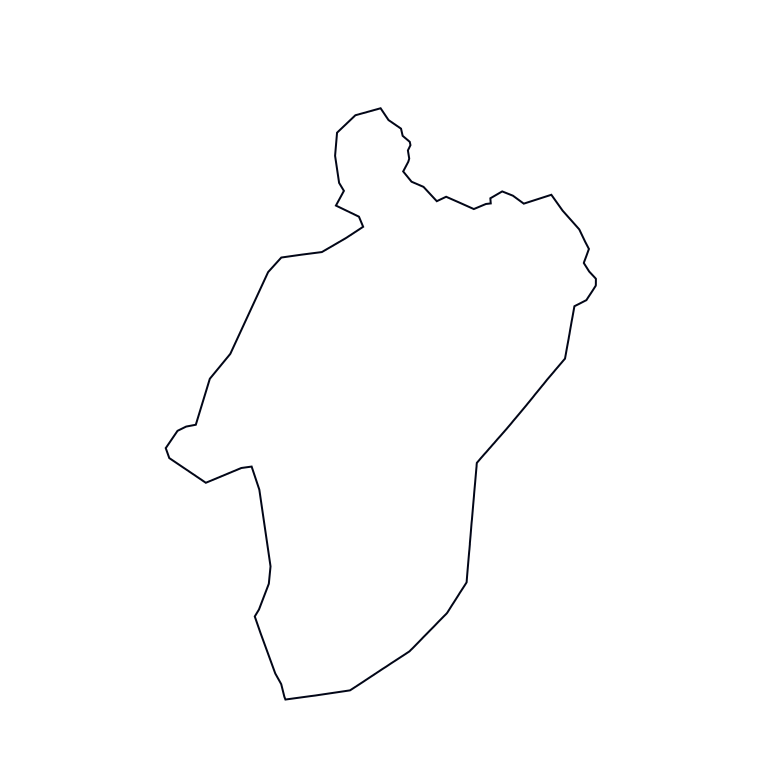 the district of Ad Diwaim, White Nile, Sudan, rotated 239°
{"feature_id": "16777658B64603280901749", "entity_name": "Ad Diwaim", "entity_type": "district", "adm_level": 2, "iso_a3": "SDN", "parent_name": "Sudan", "parent_adm1": "White Nile", "projection": "mercator", "projection_center": [31.891, 13.947], "detail": "fine", "context": "isolated", "style": "outline", "palette": "ink", "viewbox_px": 768, "rotation_deg": 239, "n_neighbors": 0, "source": "geoboundaries", "source_scale": "gbopen_adm2", "svg_char_len": 2554}
<svg xmlns="http://www.w3.org/2000/svg" viewBox="0 0 768 768"><g transform="rotate(239 384 384)"><path d="M441.8,164.7L441.5,163.9L431.1,161.8L391.1,180.4L385.5,218.4L381.4,228.0L357.6,222.7L286.1,192.8L272.1,182.4L255.1,160.7L251.3,153.5L234.2,149.9L191.8,141.7L182.0,141.4L179.6,141.3L167.2,137.5L164.3,137.0L154.2,160.5L152.3,164.8L150.9,168.2L141.0,192.0L138.9,197.1L139.0,200.1L139.5,213.7L139.6,215.4L140.5,236.1L140.6,240.5L140.9,246.1L141.2,255.1L141.7,268.0L141.8,268.4L141.9,268.9L142.3,270.3L142.4,270.9L142.6,271.8L142.9,273.0L144.1,277.6L144.8,280.3L146.8,287.7L147.2,289.3L148.3,293.6L149.2,297.0L150.4,301.8L151.9,307.3L152.0,307.6L154.0,315.4L154.8,318.7L155.2,320.0L155.5,320.7L159.3,328.2L161.2,332.1L165.0,339.7L165.7,341.0L169.8,349.4L171.4,352.6L172.2,353.2L176.7,356.4L186.4,363.4L196.6,370.8L197.9,371.8L202.6,375.2L203.0,375.4L209.6,380.2L214.9,384.0L219.8,387.5L222.3,389.4L228.8,394.1L233.5,397.5L234.2,398.0L241.2,403.1L244.3,405.3L249.1,408.8L252.1,411.0L260.5,417.1L264.5,420.0L265.4,420.7L266.6,421.5L267.2,421.9L268.6,423.0L269.5,425.8L270.5,428.7L272.3,434.3L273.0,436.7L274.5,441.2L274.8,442.3L275.2,443.5L276.0,445.9L276.8,448.6L277.2,449.7L277.8,451.6L277.9,451.8L278.2,452.7L279.8,457.9L280.1,458.8L281.9,464.4L282.4,466.0L283.0,467.7L284.1,471.0L284.6,472.5L285.4,474.7L285.7,475.5L288.6,484.0L292.6,495.5L293.1,496.8L294.4,500.5L294.6,501.0L295.7,504.1L297.3,508.3L299.5,514.5L301.1,518.9L301.7,520.7L303.7,526.0L303.9,526.6L304.7,529.0L306.2,533.5L307.2,536.5L307.6,537.5L308.4,539.9L310.0,544.7L312.1,550.9L312.5,552.2L317.4,556.5L320.5,559.2L328.4,566.2L328.6,566.3L331.4,568.8L334.7,571.6L337.9,574.4L340.8,576.9L344.5,580.2L352.4,587.1L352.6,587.3L352.2,592.4L352.1,593.9L351.7,600.1L351.6,600.6L352.0,601.4L353.0,603.4L356.4,610.5L359.2,616.1L359.8,616.6L365.0,619.8L365.8,619.7L374.7,617.8L383.6,617.6L384.8,617.6L385.7,618.6L389.5,623.4L393.9,628.8L394.2,629.2L394.3,629.2L402.4,629.7L416.0,631.0L440.5,626.4L460.0,624.9L466.6,596.7L479.0,591.5L488.2,584.5L488.4,570.8L483.8,568.5L485.8,564.1L487.7,551.1L500.6,542.1L512.5,533.7L513.5,523.4L532.6,519.4L543.2,511.8L556.3,509.9L562.0,519.3L564.2,521.7L571.9,524.8L575.1,529.7L578.3,530.8L587.1,527.8L594.1,530.1L607.9,523.8L622.1,523.1L629.1,497.9L623.6,473.2L604.8,459.6L579.5,449.1L570.2,449.1L561.7,434.7L540.3,448.7L529.5,447.1L528.7,426.6L529.1,398.7L537.3,380.0L545.3,361.1L539.6,342.3L489.0,267.8L478.2,237.4L470.6,229.0L446.0,201.7L449.4,192.5L450.2,182.9L443.6,168.6L441.8,164.7L441.8,164.7Z" fill="none" stroke="#020617" stroke-width="2"/></g></svg>